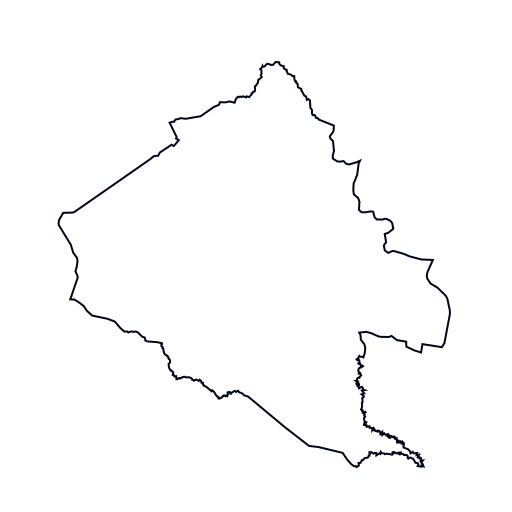 Bua Yai, Nakhon Ratchasima, Thailand, rotated 8°
{"feature_id": "78962969B3783479012099", "entity_name": "Bua Yai", "entity_type": "district", "adm_level": 2, "iso_a3": "THA", "parent_name": "Thailand", "parent_adm1": "Nakhon Ratchasima", "projection": "albers", "projection_center": [102.418, 15.596], "detail": "fine", "context": "isolated", "style": "outline", "palette": "ink", "viewbox_px": 512, "rotation_deg": 8, "n_neighbors": 0, "source": "geoboundaries", "source_scale": "gbopen_adm2", "svg_char_len": 6092}
<svg xmlns="http://www.w3.org/2000/svg" viewBox="0 0 512 512"><g transform="rotate(8 256 256)"><path d="M78.1,324.8L82.1,324.4L86.6,326.3L92.3,329.5L96.4,334.0L102.1,337.8L117.5,338.8L125.4,340.6L131.8,346.3L136.1,349.1L139.3,348.7L140.1,349.5L143.1,348.0L145.2,348.2L147.6,347.5L150.0,348.3L154.4,351.7L157.3,352.3L158.2,355.1L160.4,355.7L169.6,355.1L174.9,355.4L175.3,356.3L174.6,357.3L174.9,358.5L176.3,359.2L176.1,360.2L177.2,361.0L178.2,364.5L179.6,366.2L181.7,367.0L182.2,367.9L182.9,367.8L183.9,370.1L184.7,370.2L185.6,371.9L185.6,373.7L184.5,375.0L185.3,378.6L187.2,381.0L187.9,380.9L188.3,381.8L189.8,382.2L190.3,383.1L190.1,385.4L191.6,385.6L191.9,386.6L193.6,386.1L194.3,389.0L195.1,389.0L195.5,388.2L197.1,388.1L197.2,387.5L198.6,387.5L199.8,386.3L202.1,385.5L203.8,385.9L206.7,385.4L209.3,386.1L210.1,387.5L211.4,387.5L211.8,388.1L214.1,386.6L216.7,387.7L217.4,386.4L219.0,387.3L219.7,389.1L221.1,389.0L221.2,390.3L222.0,390.8L222.1,391.6L224.9,392.4L230.2,395.7L230.8,395.2L231.1,396.1L232.0,395.6L233.3,396.3L236.8,400.5L238.2,400.6L238.8,401.4L238.7,402.3L239.4,402.4L242.1,400.7L242.5,399.4L243.6,399.2L243.7,398.6L245.2,398.4L245.6,399.0L246.2,398.4L247.0,398.8L247.5,397.0L246.8,395.2L247.3,394.7L249.0,394.4L249.5,395.7L250.3,395.9L250.4,395.2L253.0,393.0L254.1,392.5L255.2,393.4L257.0,391.9L258.3,393.3L261.2,393.9L264.0,395.7L267.8,396.3L308.4,421.5L335.0,436.7L344.7,436.5L369.2,438.9L374.5,444.8L379.7,449.2L382.7,450.6L384.2,450.1L385.1,451.0L387.0,449.2L386.4,446.7L388.3,446.3L389.3,443.5L390.2,443.4L391.8,440.9L394.7,440.2L395.3,438.3L396.1,438.0L395.7,434.8L396.6,435.3L396.8,434.3L397.4,434.1L399.9,435.4L400.6,434.5L402.5,434.3L402.9,436.7L405.6,434.3L406.6,434.7L406.8,432.6L408.1,433.8L410.3,433.7L411.3,434.3L413.2,433.5L418.5,433.8L419.2,432.8L418.4,431.7L418.7,431.2L420.5,430.9L421.1,431.8L422.5,431.8L424.6,430.9L424.8,432.1L425.9,432.4L425.9,431.0L426.8,430.3L427.6,431.6L429.5,431.7L430.2,432.5L432.4,432.1L433.8,432.6L434.4,435.0L435.1,435.4L435.6,434.5L437.4,434.1L438.8,434.9L439.8,434.8L442.7,438.6L444.9,438.6L445.8,439.8L445.3,441.5L449.3,441.6L449.1,440.5L451.1,440.9L449.9,438.7L448.4,437.6L449.6,435.3L447.6,436.1L447.6,433.4L446.5,433.7L446.0,432.6L444.7,433.2L444.1,432.9L445.1,430.1L442.7,430.9L443.0,428.7L439.6,429.5L438.3,428.1L436.6,429.9L435.4,427.7L433.3,426.1L428.8,425.1L428.3,423.5L428.8,422.4L428.5,420.8L427.9,420.3L426.9,421.6L426.3,421.5L427.0,420.2L426.5,419.3L425.6,420.1L424.7,419.5L424.1,420.7L422.8,421.0L422.8,419.0L422.2,418.8L421.4,419.9L421.2,418.5L420.0,417.9L420.6,417.4L420.5,416.7L419.0,417.4L418.2,415.5L417.5,415.6L417.1,416.5L415.2,415.6L414.5,416.9L413.7,415.9L413.1,417.4L411.8,416.4L413.0,415.5L411.2,415.5L412.1,414.6L411.6,413.9L409.9,414.9L408.8,414.8L407.8,413.8L407.3,414.4L406.5,413.8L406.8,414.9L406.0,415.7L405.6,413.4L405.0,414.8L404.0,415.2L403.8,414.5L404.6,413.7L403.6,412.6L402.4,412.8L401.9,411.9L400.7,412.0L400.6,412.9L397.4,412.3L397.6,411.3L396.4,410.0L395.3,412.3L395.0,410.2L392.4,410.3L392.1,408.8L389.3,409.7L389.0,408.2L386.5,408.3L386.3,407.6L387.0,407.1L386.8,406.1L388.0,406.1L388.4,405.3L386.6,405.0L385.5,401.5L386.4,399.9L385.3,399.0L385.8,397.7L384.2,396.9L386.2,395.4L385.7,395.0L383.6,396.1L382.8,395.2L383.1,394.0L381.4,393.4L382.0,391.6L381.8,388.2L381.2,387.0L381.9,385.7L381.0,381.9L382.4,380.4L382.2,379.7L379.8,378.3L382.3,377.1L379.6,374.5L382.1,373.7L380.7,373.4L380.2,371.9L379.0,370.8L376.4,372.6L376.1,371.5L374.7,370.6L376.0,369.5L375.9,368.6L375.3,367.9L374.6,369.4L373.4,369.0L373.1,368.2L374.4,366.4L372.2,365.7L373.6,365.1L373.2,363.7L373.6,362.7L375.4,362.1L375.2,361.3L376.8,359.6L376.3,358.6L374.3,358.1L375.1,357.1L373.6,356.2L373.1,354.4L374.1,352.2L375.2,352.0L377.3,350.2L376.6,349.7L375.3,350.5L374.5,348.6L372.4,348.4L372.3,347.9L373.6,347.6L372.8,345.1L372.1,344.3L370.7,345.0L370.0,344.3L370.9,343.7L372.2,340.7L372.8,341.4L374.7,340.9L376.4,341.5L377.2,337.1L377.1,333.5L376.9,331.5L375.6,328.3L371.5,324.3L370.4,319.5L368.9,317.5L375.6,315.8L380.8,316.4L388.2,318.5L390.8,318.7L398.9,317.7L401.3,316.3L407.3,319.7L416.6,319.9L417.5,324.8L425.7,327.4L432.9,328.6L433.1,320.1L452.8,320.4L454.7,316.0L456.1,286.4L455.5,282.8L451.4,271.6L449.4,268.9L440.0,262.0L432.7,259.0L428.8,254.6L427.8,251.4L428.0,248.2L431.7,235.3L420.3,236.4L408.3,235.0L401.8,233.3L392.7,232.0L390.5,232.0L386.5,234.5L382.8,232.6L381.1,227.7L382.9,224.3L380.4,216.2L383.8,214.6L388.2,209.9L386.2,204.3L383.9,202.3L379.9,201.1L378.1,201.3L376.2,202.3L370.4,203.0L367.9,200.9L365.9,195.9L363.6,195.8L358.2,197.5L354.4,198.0L351.5,195.9L350.9,187.9L349.1,184.4L344.3,181.3L343.2,177.4L342.6,170.8L344.9,161.6L344.8,149.9L345.7,147.2L342.3,149.3L335.4,152.4L332.5,152.2L329.5,149.8L326.2,150.9L323.3,151.0L318.5,148.8L318.0,146.0L318.6,140.9L316.2,131.4L313.3,129.3L312.4,127.2L315.1,122.4L315.4,119.7L314.9,116.0L299.0,112.1L298.4,111.1L296.0,110.7L295.2,108.8L294.0,108.2L292.7,108.6L291.6,107.2L291.1,103.5L289.2,101.7L287.8,94.5L286.1,93.3L284.7,94.3L283.3,91.0L281.7,90.6L277.6,85.3L277.5,84.2L274.1,83.1L273.0,79.4L271.5,78.7L271.4,77.5L270.5,77.5L269.5,75.9L268.8,72.5L267.2,72.7L265.2,71.5L262.2,71.1L260.5,68.5L260.6,67.6L257.8,66.6L257.2,65.9L257.2,64.3L253.7,63.7L252.3,62.4L252.0,61.0L248.3,61.2L246.4,64.3L243.9,64.8L243.0,64.2L240.3,64.1L238.0,67.1L236.6,67.6L236.0,66.8L235.8,68.3L234.1,70.4L235.5,71.3L236.1,74.8L235.6,76.1L236.8,78.1L233.7,81.4L233.8,84.0L232.0,87.7L231.2,88.3L231.9,91.0L231.8,93.2L230.1,94.0L229.9,95.1L229.1,95.5L229.4,96.1L227.1,99.6L224.5,99.2L224.0,100.3L220.8,99.7L219.6,100.6L218.1,100.3L217.1,101.0L215.9,100.8L214.3,103.1L213.4,107.2L208.4,106.6L204.4,108.1L198.9,108.7L198.3,111.4L193.5,114.3L181.7,125.3L167.3,129.9L161.9,130.0L160.4,131.1L157.3,132.0L156.1,134.6L154.8,134.6L151.9,136.0L160.9,149.3L160.5,150.8L163.4,152.0L159.7,158.0L159.2,158.6L157.0,157.5L146.4,166.9L145.2,170.3L140.9,171.3L137.6,175.0L70.0,237.7L68.5,238.5L59.1,240.1L56.1,247.5L55.9,250.6L56.4,252.8L71.1,270.7L74.5,278.1L79.1,282.9L80.0,286.0L79.9,292.8L79.3,296.0L82.3,301.2L82.4,302.6L78.1,324.8Z" fill="none" stroke="#020617" stroke-width="2"/></g></svg>